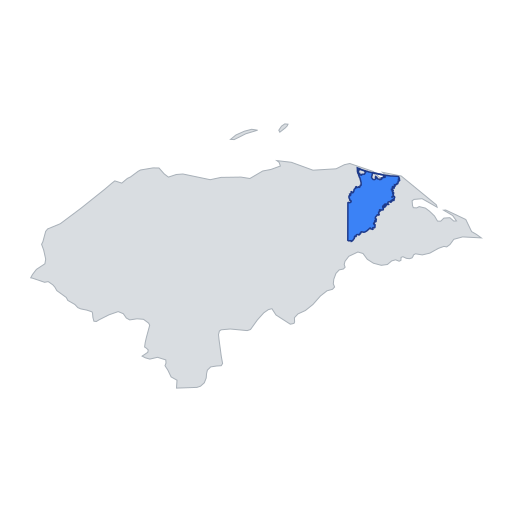 location of Brus Laguna, Gracias a Dios, Honduras
{"feature_id": "27666195B63914214220022", "entity_name": "Brus Laguna", "entity_type": "district", "adm_level": 2, "iso_a3": "HND", "parent_name": "Honduras", "parent_adm1": "Gracias a Dios", "projection": "albers", "projection_center": [-84.625, 15.441], "detail": "fine", "context": "in_parent", "style": "filled", "palette": "blue", "viewbox_px": 512, "rotation_deg": 0, "n_neighbors": 0, "source": "geoboundaries", "source_scale": "gbopen_adm2", "svg_char_len": 8431}
<svg xmlns="http://www.w3.org/2000/svg" viewBox="0 0 512 512"><path d="M481.3,237.9L462.6,236.9L453.8,239.3L450.0,244.5L446.7,246.9L443.9,246.4L438.3,248.4L429.9,253.1L422.3,254.9L415.5,253.8L413.5,254.9L413.0,256.4L412.0,257.9L409.4,258.7L406.3,258.3L402.9,256.7L401.1,257.4L400.9,260.4L399.1,261.2L395.6,259.8L391.7,260.9L387.4,264.5L381.3,265.3L373.4,263.2L367.3,259.3L363.0,253.5L357.9,252.0L348.8,256.3L345.0,261.3L344.2,264.4L345.1,267.2L343.4,269.0L339.2,269.9L336.0,273.3L333.8,279.2L333.3,283.8L334.6,287.0L332.5,289.3L327.0,290.8L320.5,295.9L312.9,304.5L305.4,310.5L298.0,313.9L294.4,317.7L294.6,321.9L294.1,323.2L292.7,323.7L290.3,324.2L276.0,315.0L271.9,308.7L268.4,309.6L263.8,312.8L257.4,319.9L250.5,329.5L247.2,330.6L230.2,329.0L221.2,329.8L219.4,331.0L218.5,334.6L219.0,339.4L221.3,356.5L222.6,363.5L221.2,365.7L216.6,366.0L210.7,366.9L207.4,370.1L206.6,373.4L206.2,378.0L204.3,382.8L200.5,386.2L196.9,387.4L176.5,388.1L177.0,380.2L171.1,376.9L167.9,370.2L165.0,365.7L166.0,363.1L165.8,359.9L157.5,357.3L149.8,359.1L145.3,357.8L142.1,356.1L147.8,352.3L148.2,349.9L146.4,348.2L144.6,347.0L145.2,342.6L146.4,337.4L149.7,325.2L148.6,323.1L143.5,319.3L137.0,318.8L129.7,319.9L126.3,318.0L123.3,313.7L118.2,311.6L109.0,314.8L99.3,319.7L96.3,321.5L93.9,321.2L92.9,317.4L92.5,312.9L91.9,311.8L86.8,310.1L80.8,308.9L77.8,307.6L74.9,304.5L67.8,300.4L66.3,297.5L56.8,290.6L54.9,287.2L52.8,284.8L48.2,281.6L44.6,282.3L32.6,278.2L30.7,277.8L32.5,274.5L36.4,269.4L44.9,263.8L45.7,259.1L43.7,250.1L41.6,244.3L42.9,241.7L45.7,231.3L47.7,228.9L59.9,223.9L61.0,223.2L70.6,216.0L81.3,208.0L92.4,199.1L104.8,189.2L111.6,183.4L114.8,180.9L121.8,183.1L127.4,178.4L130.6,176.9L138.1,171.3L140.5,170.0L153.0,167.9L159.0,168.0L164.2,173.9L168.4,177.1L176.3,174.5L182.9,174.0L210.2,179.7L221.0,177.4L241.0,177.1L249.9,178.5L262.7,171.0L270.8,169.5L280.4,166.0L279.1,162.3L276.8,160.6L291.4,162.3L313.0,170.2L336.1,168.8L344.4,164.7L349.8,163.5L373.4,171.5L379.7,177.6L384.5,178.2L388.3,176.8L389.3,175.5L384.7,174.2L382.5,172.3L401.2,176.0L436.4,204.9L437.1,207.2L422.1,198.7L414.1,199.4L412.1,200.8L412.5,205.5L413.3,207.7L416.7,207.9L419.2,206.6L425.4,208.1L429.5,211.2L434.5,216.0L437.5,221.1L440.7,221.2L443.9,218.1L449.9,217.7L453.8,221.1L456.5,220.9L452.6,215.5L443.6,210.2L445.7,210.0L465.8,219.5L471.6,231.6L476.3,234.3L481.3,237.9ZM245.7,133.8L234.2,139.6L230.5,139.4L235.9,135.0L244.4,131.2L251.7,129.3L257.6,130.2L245.7,133.8ZM285.3,127.9L279.8,132.2L278.8,130.2L281.5,126.2L284.8,123.9L288.0,124.2L287.2,125.9L285.3,127.9Z" fill="#d9dde1" stroke="#a8b0b8" stroke-width="1"/><path d="M347.9,202.9L347.8,240.3L348.5,240.8L351.0,240.7L351.2,240.8L351.3,241.4L351.8,241.2L352.8,240.4L353.4,239.5L353.5,239.3L354.2,238.6L354.4,238.0L354.4,237.0L354.7,236.3L355.0,236.3L355.6,236.6L356.0,236.5L356.2,236.1L356.1,235.4L356.4,234.9L356.9,234.6L358.1,234.5L358.9,235.0L359.0,235.0L359.2,234.8L359.4,234.4L359.9,234.3L360.0,234.0L360.1,233.3L360.6,232.9L360.9,232.9L361.0,232.6L361.0,232.1L361.3,231.8L362.7,232.0L363.2,232.2L364.7,232.1L366.7,231.0L367.4,230.4L367.8,230.0L368.6,229.4L369.5,228.4L370.1,228.0L370.4,228.1L370.6,228.7L370.8,228.9L372.0,229.1L372.2,229.3L372.5,229.4L372.9,229.3L372.9,229.1L372.6,228.9L372.6,228.7L372.8,228.3L372.9,227.6L373.2,227.5L374.1,227.8L374.7,227.6L375.0,227.1L375.0,226.7L374.9,226.1L375.1,225.2L375.1,224.8L374.8,224.6L374.5,224.7L374.2,224.6L374.3,224.2L373.7,223.8L373.6,223.4L373.7,223.1L374.4,222.9L374.7,222.5L375.0,221.8L374.6,221.2L374.7,220.9L375.1,220.7L375.5,220.9L375.6,221.4L375.7,221.5L376.0,221.5L376.1,221.2L376.1,220.4L376.0,220.2L376.0,219.9L376.3,219.5L376.3,219.2L376.0,219.0L375.4,218.9L375.4,218.7L375.7,218.5L375.3,218.0L375.5,217.1L375.9,216.5L376.9,215.6L377.2,214.9L377.8,214.7L378.7,215.1L379.2,214.7L379.1,214.2L378.7,213.8L378.7,213.4L378.9,212.9L378.6,212.6L378.6,212.2L379.2,211.8L379.5,211.3L379.5,210.7L379.8,210.6L380.4,210.9L380.6,210.7L380.4,210.4L379.6,210.2L379.6,209.8L380.0,209.7L380.4,210.0L381.3,209.9L381.7,210.0L382.4,210.0L382.6,209.9L383.2,209.8L383.3,209.6L383.3,208.9L383.4,208.4L382.8,207.8L382.9,206.9L382.7,206.7L382.8,206.4L383.0,206.6L383.4,206.8L383.9,206.7L384.1,207.1L384.8,207.2L384.9,206.8L384.9,206.2L384.8,205.9L383.9,205.7L383.8,205.2L384.0,205.1L384.3,205.1L384.9,205.4L385.2,205.7L385.3,206.3L385.8,206.1L386.1,205.5L386.1,205.2L385.9,205.0L384.9,205.0L384.7,204.8L384.5,204.5L384.7,204.2L385.2,204.0L386.2,204.0L386.4,204.1L386.6,204.8L387.7,204.3L388.5,204.5L388.7,204.4L388.6,204.2L387.7,203.7L388.1,202.1L389.4,201.6L390.1,201.8L390.5,202.2L391.0,202.2L392.0,201.1L391.7,200.9L390.9,201.0L391.1,200.6L391.6,200.3L392.3,200.4L392.5,199.7L393.1,199.4L393.3,199.5L393.6,200.4L393.8,200.5L394.0,200.3L394.1,199.9L393.9,199.5L393.8,199.1L394.0,198.8L394.3,198.7L394.3,198.0L394.6,197.6L394.7,197.2L394.5,196.7L394.2,196.4L393.0,196.3L392.7,196.6L392.3,197.1L392.1,197.2L391.9,197.1L392.0,196.7L393.0,196.0L393.4,195.2L393.4,194.7L393.2,194.3L392.9,194.1L392.9,193.9L393.0,193.8L393.4,193.7L393.5,193.5L392.7,193.3L392.7,193.1L392.8,192.9L393.4,192.7L393.5,192.5L393.4,192.4L392.8,192.4L392.6,192.3L392.6,192.1L392.6,191.3L392.5,191.1L392.2,191.0L392.3,190.7L392.5,190.6L393.2,190.5L393.2,190.3L392.8,189.9L392.3,189.7L391.5,189.7L391.4,189.2L392.5,188.7L393.1,188.0L394.1,188.1L394.2,187.7L394.0,187.4L393.6,187.4L392.9,187.7L392.6,187.8L392.3,187.4L392.3,187.1L392.6,186.7L393.0,186.5L393.4,186.9L393.8,186.9L394.0,186.8L394.5,186.2L394.6,186.5L394.8,186.5L395.0,186.3L395.0,186.1L394.5,185.3L394.5,185.0L394.9,185.3L395.2,185.3L395.4,185.1L395.4,184.7L395.6,184.5L396.3,184.6L396.7,184.4L396.9,183.6L397.4,183.8L397.8,183.6L397.9,182.9L398.2,182.1L398.1,181.2L399.0,181.0L399.3,180.8L399.7,180.1L399.5,179.9L398.4,179.3L398.4,179.1L398.6,178.9L399.1,178.9L399.3,178.8L399.4,178.6L399.3,178.0L398.9,177.6L398.8,176.9L398.5,176.6L397.0,176.3L392.5,176.0L390.7,176.0L388.0,175.6L386.0,175.5L382.6,174.7L380.2,174.0L378.1,173.8L375.8,173.1L373.5,172.8L373.4,172.8L374.6,173.5L374.8,173.5L374.5,173.2L375.9,173.4L376.4,173.7L377.9,174.0L378.3,174.2L379.4,174.3L381.2,174.8L382.8,174.9L383.8,175.4L383.8,175.5L383.6,175.8L383.9,176.1L384.7,176.2L385.1,176.7L385.2,177.0L384.9,177.3L384.5,177.1L384.2,176.6L383.8,176.7L383.7,177.3L383.2,177.1L382.8,177.8L381.7,177.9L381.7,178.1L381.4,178.2L381.7,178.8L381.0,179.1L381.0,179.3L380.2,179.2L380.1,179.3L380.4,179.5L380.0,179.7L379.9,179.7L379.7,179.3L379.5,179.2L378.3,179.1L377.8,178.9L377.1,178.2L377.0,177.7L376.8,177.6L376.8,177.4L376.4,177.2L376.0,176.7L375.6,176.5L375.4,177.4L375.8,178.3L375.6,178.9L374.6,179.6L373.2,179.5L372.6,179.0L371.9,178.0L371.5,177.1L371.7,176.3L372.0,175.8L372.2,174.2L372.7,173.5L373.2,173.1L372.7,172.6L371.3,172.5L370.3,172.2L368.5,171.9L367.3,171.3L366.0,171.1L365.5,170.8L364.6,170.7L364.1,170.4L362.4,169.9L360.7,169.3L359.7,168.6L358.6,168.4L357.3,167.8L357.3,168.1L358.9,168.7L359.7,169.4L360.6,169.6L361.5,169.9L361.7,170.0L362.6,170.2L363.1,170.5L364.2,170.7L365.2,171.4L365.6,171.8L365.7,172.2L365.6,172.3L365.3,172.3L365.5,172.6L364.9,173.3L364.5,174.1L364.4,174.2L362.6,174.2L361.9,174.4L361.7,174.8L361.4,174.7L361.4,175.1L361.1,175.1L360.2,174.9L359.7,174.5L359.6,174.2L359.6,173.9L359.3,174.1L359.1,174.0L358.8,173.4L358.7,172.9L358.7,172.4L358.6,172.1L358.2,172.0L358.0,171.7L358.4,171.3L358.5,171.1L358.0,171.0L357.9,170.8L358.0,170.7L358.5,170.8L358.9,170.4L359.1,170.0L359.1,169.5L359.2,169.2L358.8,168.8L358.3,168.7L357.3,168.3L357.4,169.7L357.4,171.2L357.8,173.1L358.6,174.4L358.6,175.0L358.9,175.6L359.3,177.0L359.7,177.5L360.0,178.2L361.1,182.6L361.1,184.4L361.2,184.8L360.9,185.1L360.4,185.3L360.4,185.5L360.6,185.6L360.4,185.8L360.1,185.9L359.6,187.3L359.1,187.2L358.8,187.2L358.7,186.9L358.4,186.8L357.7,187.4L357.3,187.4L357.1,187.5L356.8,187.4L356.4,186.7L355.9,186.8L355.7,187.2L355.5,187.4L355.5,187.6L355.7,188.0L355.6,188.4L355.1,188.5L354.1,189.4L354.0,190.2L354.0,190.7L354.0,190.9L353.6,191.2L353.5,192.0L352.9,192.7L352.7,192.8L351.9,192.3L351.8,191.8L351.5,191.7L351.3,192.0L351.1,192.0L351.2,192.7L351.0,193.3L350.2,193.9L349.7,194.1L349.8,194.3L350.7,194.5L350.5,195.5L349.9,195.7L349.5,195.5L349.2,195.7L348.9,196.7L349.0,197.7L349.3,198.3L349.3,198.6L349.6,198.8L349.7,199.2L349.9,199.6L349.7,199.8L349.7,200.1L350.1,200.3L350.3,200.6L351.1,200.9L351.2,201.2L350.8,202.2L350.6,202.4L350.2,202.5L349.8,202.5L349.4,202.7L348.4,202.4L348.0,202.6L347.9,202.9Z" fill="#3b82f6" stroke="#1e3a8a" stroke-width="1.5"/></svg>